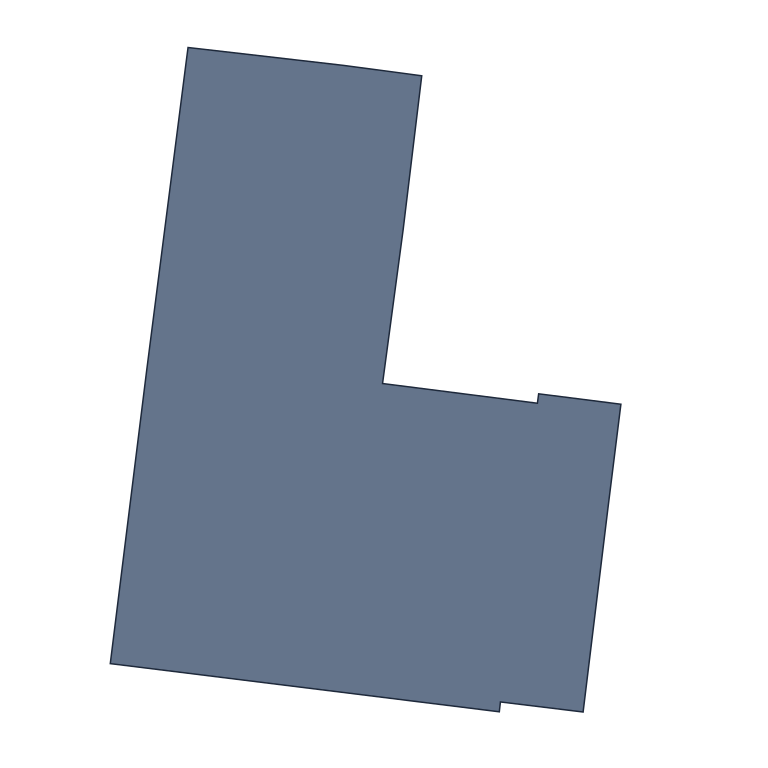 Finney, Kansas, United States of America (Mercator projection), rotated 277°
{"feature_id": "52423323B35440057604027", "entity_name": "Finney", "entity_type": "district", "adm_level": 2, "iso_a3": "USA", "parent_name": "United States of America", "parent_adm1": "Kansas", "projection": "mercator", "projection_center": [-100.646, 38.0], "detail": "fine", "context": "isolated", "style": "filled", "palette": "slate", "viewbox_px": 768, "rotation_deg": 277, "n_neighbors": 0, "source": "geoboundaries", "source_scale": "gbopen_adm2", "svg_char_len": 371}
<svg xmlns="http://www.w3.org/2000/svg" viewBox="0 0 768 768"><g transform="rotate(277 384 384)"><path d="M392.8,621.6L393.1,538.7L383.6,538.6L384.3,382.5L539.3,384.2L694.5,383.9L695.3,305.4L694.1,148.5L681.9,148.4L526.0,147.6L369.8,146.8L73.1,146.4L72.7,538.4L82.6,538.3L82.7,621.6L289.5,621.4L392.8,621.6Z" fill="#64748b" stroke="#1e293b" stroke-width="1.5"/></g></svg>